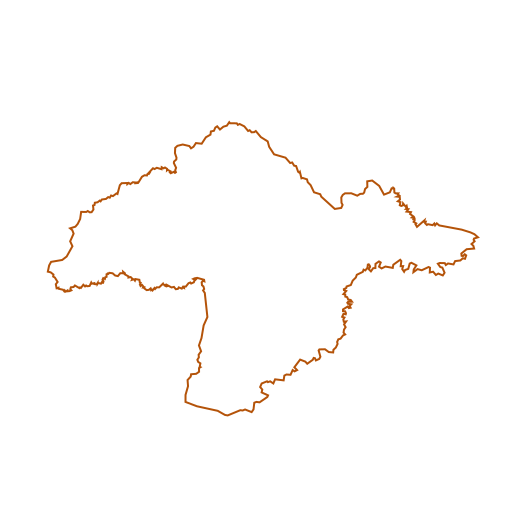 the district of Si Bun Rueang, Nong Bua Lam Phu, Thailand, rotated 310°
{"feature_id": "78962969B72189645888200", "entity_name": "Si Bun Rueang", "entity_type": "district", "adm_level": 2, "iso_a3": "THA", "parent_name": "Thailand", "parent_adm1": "Nong Bua Lam Phu", "projection": "mercator", "projection_center": [102.187, 16.996], "detail": "fine", "context": "isolated", "style": "outline", "palette": "amber", "viewbox_px": 512, "rotation_deg": 310, "n_neighbors": 0, "source": "geoboundaries", "source_scale": "gbopen_adm2", "svg_char_len": 6154}
<svg xmlns="http://www.w3.org/2000/svg" viewBox="0 0 512 512"><g transform="rotate(310 256 256)"><path d="M105.7,120.8L103.1,124.0L104.8,125.1L104.0,125.8L106.1,129.8L105.7,131.8L106.7,131.6L106.4,133.1L108.4,133.7L107.8,134.3L109.2,135.7L111.0,136.6L111.2,135.1L113.0,134.3L115.0,136.2L117.0,136.2L117.9,141.4L118.8,141.4L119.0,142.4L123.0,142.2L122.8,144.6L124.2,144.8L124.3,146.1L126.1,147.8L129.8,146.8L129.3,148.1L131.3,149.6L130.6,150.2L131.9,152.2L133.6,152.0L133.0,152.5L133.9,152.4L135.1,155.0L137.3,154.7L136.6,155.4L137.2,156.1L138.7,155.4L139.3,153.6L140.9,153.2L141.3,155.0L142.8,154.2L144.0,154.9L145.9,153.3L146.8,153.9L147.0,152.7L147.3,154.3L148.8,154.4L150.6,157.3L150.5,160.6L151.8,163.1L155.6,163.1L157.5,165.5L158.5,164.4L158.5,166.7L157.6,167.2L158.4,171.4L157.5,172.1L159.3,173.5L159.1,176.0L158.0,176.3L159.7,177.4L159.3,179.1L160.9,178.6L162.8,181.9L160.9,184.2L161.3,184.9L159.8,185.7L160.1,186.7L159.3,185.9L158.8,186.9L160.6,187.4L160.2,189.5L159.3,189.7L160.3,190.7L159.4,191.3L159.6,194.2L161.2,195.7L163.4,196.1L162.4,197.6L163.3,197.8L163.1,198.9L166.2,198.8L165.9,199.9L168.1,200.0L169.8,202.0L175.0,202.5L174.5,203.3L175.7,205.5L174.8,205.6L175.1,206.9L175.9,207.4L176.6,206.5L177.6,211.5L179.6,213.0L179.0,215.9L180.6,217.3L182.3,217.0L183.3,220.1L184.8,219.9L185.2,221.3L186.0,220.2L187.4,221.9L191.8,221.8L193.5,222.7L193.2,224.0L195.9,225.3L198.4,224.3L198.1,222.7L199.4,223.3L200.6,224.3L199.9,225.0L201.5,225.1L204.4,231.5L203.4,232.7L202.9,231.3L200.9,231.3L198.9,233.4L198.9,235.3L197.4,237.5L195.6,237.6L194.8,240.5L178.0,258.0L169.2,260.5L158.1,267.0L150.8,269.8L147.7,275.2L143.5,275.5L141.6,277.4L138.8,277.8L137.7,279.8L138.0,282.4L134.9,284.1L135.1,284.9L133.5,284.4L130.7,286.8L127.3,285.9L123.7,282.3L121.6,283.5L117.0,283.3L112.6,287.6L104.3,291.3L98.9,295.8L102.9,307.3L112.8,326.2L114.3,334.4L115.7,336.8L127.8,343.1L129.1,345.1L131.4,346.3L133.6,353.0L136.9,352.7L142.5,349.0L144.5,350.1L146.2,352.8L155.3,355.3L157.0,354.8L155.1,348.0L157.7,346.7L158.3,343.4L162.0,342.3L167.1,345.0L167.0,346.2L169.1,347.4L169.5,351.2L173.8,349.9L178.5,357.1L182.6,354.6L184.8,355.5L187.2,358.8L192.2,357.4L192.4,359.7L195.0,360.8L195.4,356.9L205.0,356.4L206.8,361.7L206.4,364.5L212.9,366.2L215.0,365.7L215.6,366.9L214.5,369.0L217.8,370.6L220.2,370.1L223.9,364.7L225.2,364.6L228.9,368.8L229.2,373.5L231.7,377.1L234.0,375.6L237.2,376.0L241.1,375.0L242.3,373.4L245.1,372.6L247.0,373.9L251.1,373.7L253.2,374.7L253.6,372.3L256.2,370.7L259.1,370.4L260.2,367.4L263.8,367.1L262.1,365.5L263.6,363.6L265.7,363.3L264.8,361.1L267.9,360.2L269.0,362.2L270.0,361.7L270.9,359.8L269.7,358.1L271.0,357.0L276.2,358.7L275.8,360.6L277.2,361.7L277.9,359.8L280.2,360.0L278.5,357.2L278.9,356.0L280.1,356.0L282.7,358.9L283.2,356.8L281.9,354.6L283.1,352.3L282.3,350.5L283.8,349.2L283.0,347.5L287.2,347.6L286.4,345.3L287.1,344.6L289.5,345.7L290.9,345.0L294.7,347.3L299.3,345.9L303.7,346.3L306.4,345.3L312.5,348.0L314.7,347.2L315.2,349.0L318.7,348.9L321.3,347.2L322.1,347.7L321.7,349.4L321.0,350.4L318.4,350.8L318.1,353.9L322.0,353.6L323.5,355.2L326.8,352.6L330.9,353.7L331.2,355.7L326.9,357.1L327.2,360.2L331.1,361.9L334.8,368.4L337.6,366.8L345.8,368.9L345.5,370.6L341.2,373.4L342.8,375.2L340.0,376.4L339.1,379.6L341.1,379.2L344.0,380.9L349.0,378.6L350.7,379.4L351.9,384.9L347.1,385.5L344.8,387.0L349.8,388.2L351.6,392.1L358.5,395.3L358.9,396.8L355.1,399.7L357.8,401.8L357.1,406.0L359.7,406.9L361.2,411.6L364.4,411.2L366.9,406.2L366.0,404.3L367.0,400.3L368.7,401.2L371.9,405.2L371.1,407.2L373.7,407.9L376.5,412.7L380.1,411.8L383.9,415.4L387.2,415.9L388.2,417.9L391.6,416.6L391.5,414.8L389.1,414.6L388.3,413.4L389.9,411.7L396.6,413.0L401.9,418.3L403.5,416.0L403.7,413.4L407.8,414.0L408.3,412.3L409.5,411.8L413.0,414.0L413.1,409.3L411.9,405.0L408.4,396.6L397.2,376.7L397.2,373.5L394.6,373.5L395.5,371.7L393.2,371.5L390.9,367.3L389.6,366.9L389.8,364.6L391.4,364.0L390.2,362.7L391.5,362.1L381.8,360.6L382.8,357.8L384.0,357.8L383.5,354.8L385.3,354.6L386.3,353.7L385.5,352.9L386.8,352.5L385.8,350.8L387.5,351.2L387.2,347.0L389.2,346.5L386.8,342.8L389.8,342.6L388.5,340.7L389.9,340.9L391.3,339.1L390.0,339.0L390.8,334.9L389.3,336.0L387.7,335.1L387.3,333.5L390.1,332.0L389.1,329.5L391.8,330.0L393.7,328.1L392.2,325.9L394.4,326.9L394.4,324.8L395.4,324.7L393.7,322.6L393.6,321.2L396.5,318.5L396.5,317.2L395.7,317.5L395.0,316.4L390.8,317.6L385.3,314.6L388.9,305.3L388.5,296.5L384.7,293.2L380.5,296.9L377.4,296.5L374.1,298.1L372.4,297.9L370.6,295.9L367.3,294.8L365.3,288.7L361.2,283.9L358.6,283.2L355.7,283.7L351.7,287.3L350.8,289.5L347.6,290.4L342.7,286.1L343.4,267.9L344.6,265.5L342.1,259.5L345.4,252.3L345.8,248.2L347.5,245.8L345.8,241.6L344.7,240.9L348.6,235.6L347.7,235.7L347.6,234.1L350.7,228.9L349.7,227.2L350.9,223.6L349.2,222.4L350.3,215.4L345.5,204.5L348.1,195.9L351.3,191.3L350.2,183.3L351.6,175.5L349.7,175.0L347.9,173.1L348.3,170.3L346.7,169.6L347.8,163.7L346.6,158.6L344.8,157.8L345.3,156.0L341.0,150.8L341.3,149.5L337.1,149.9L334.1,147.9L329.7,147.1L330.4,142.9L328.2,142.3L324.9,143.3L322.4,141.4L319.7,143.1L314.7,141.3L307.1,142.2L303.9,137.4L299.5,137.9L296.7,137.0L297.4,134.3L294.3,128.2L289.9,125.0L286.9,124.6L282.7,127.8L280.2,131.9L278.7,132.9L275.7,132.5L274.4,133.3L272.2,138.1L269.7,139.0L268.7,140.8L267.6,140.5L267.6,138.9L264.6,137.5L264.7,136.2L265.9,136.1L265.2,132.8L264.5,132.7L265.6,131.9L265.3,129.4L263.8,128.9L263.4,126.7L261.8,127.9L259.8,123.3L257.4,122.4L257.0,120.7L251.0,120.4L251.4,121.0L250.1,121.2L249.0,120.2L247.6,120.7L246.2,118.7L243.4,117.7L237.2,118.6L235.8,117.5L235.6,118.2L234.1,116.7L234.7,116.2L233.3,114.2L230.3,113.5L230.2,111.5L228.3,111.2L229.1,110.4L225.4,106.3L222.7,106.2L214.5,110.0L214.3,108.9L209.9,107.9L209.2,106.1L206.7,106.5L206.1,104.9L203.3,104.4L200.2,101.6L198.0,101.8L198.0,100.7L195.3,100.1L193.2,98.3L191.3,99.5L189.9,98.7L187.1,101.6L183.9,101.9L182.6,100.6L182.3,98.2L180.7,97.7L177.4,93.7L171.3,97.5L166.0,98.8L162.4,98.8L157.7,95.8L157.7,98.7L155.9,101.9L147.8,104.2L145.5,109.1L133.9,111.3L128.4,110.1L119.8,102.8L115.8,103.6L110.2,106.6L111.5,109.2L111.6,112.8L109.9,113.8L110.2,115.8L108.6,120.7L105.7,120.8Z" fill="none" stroke="#b45309" stroke-width="2"/></g></svg>